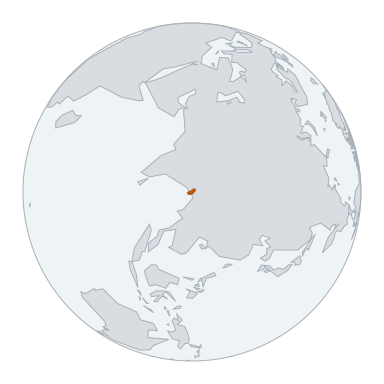 Khulna highlighted on a globe, orthographic projection, rotated 72°
{"feature_id": "BGD-2432", "entity_name": "Khulna", "entity_type": "Division", "adm_level": 1, "iso_a3": "BGD", "parent_name": "Bangladesh", "parent_adm1": "", "projection": "orthographic", "projection_center": [89.364, 22.917], "detail": "fine", "context": "on_globe", "style": "filled", "palette": "amber", "viewbox_px": 384, "rotation_deg": 72, "n_neighbors": 0, "source": "natural_earth", "source_scale": "10m", "svg_char_len": 12129}
<svg xmlns="http://www.w3.org/2000/svg" viewBox="0 0 384 384"><g transform="rotate(72 192 192)"><circle cx="192" cy="192" r="169" fill="#eef3f6" stroke="#a8b0b8"/><path d="M254.8,35.2L260.5,38.4L267.8,42.1L262.3,39.7L279.5,49.1L286.6,55.0L275.5,46.9L271.9,45.1L275.2,48.1L272.3,47.0L272.2,48.0L268.5,46.6L262.2,42.5L259.7,41.7L262.2,43.9L260.0,44.3L256.7,41.0L252.5,41.5L241.3,36.0L235.7,30.3L226.4,27.9L212.3,24.3L210.5,24.2L204.1,23.5L199.6,23.3L198.2,23.2L195.8,23.2L197.9,23.4L197.5,23.6L195.0,23.6L192.9,23.3L193.8,23.2L191.9,23.2L190.5,23.2L188.2,23.1L186.8,23.3L181.9,23.4L181.4,23.4L183.4,23.3L195.5,23.1L207.7,23.8L219.7,25.3L231.7,27.8L243.4,31.0L254.8,35.2ZM273.7,45.3L271.6,43.8L274.6,45.7L273.7,45.3ZM272.9,48.4L274.4,49.3L273.7,49.5L272.9,48.4ZM267.3,47.6L265.7,47.9L266.3,46.9L267.3,47.6ZM264.1,47.6L260.4,48.8L263.5,50.7L252.6,46.5L259.4,46.6L259.6,44.9L261.5,46.6L264.1,47.6ZM199.6,23.5L197.3,23.2L201.5,23.5L199.6,23.5ZM202.4,23.6L215.8,25.0L218.0,25.7L213.1,24.9L217.7,26.1L212.2,25.7L208.4,25.0L208.0,24.5L206.2,24.8L202.4,23.6ZM247.3,44.2L245.4,44.1L246.2,43.5L247.3,44.2ZM197.6,23.7L200.2,23.8L202.2,24.3L197.5,24.3L198.4,24.1L197.6,23.7ZM221.7,26.8L222.4,27.4L218.1,27.2L217.8,27.5L212.2,25.8L221.7,26.8ZM196.7,24.0L195.1,24.4L191.9,24.2L195.3,23.7L196.7,24.0ZM204.7,24.5L205.5,24.8L203.6,24.6L204.7,24.5ZM179.6,24.5L182.6,24.2L183.9,24.4L179.6,24.5ZM194.8,24.5L195.9,24.6L196.7,24.7L195.1,25.0L194.8,24.5ZM209.6,25.9L207.6,25.9L211.6,26.6L208.6,26.7L205.4,25.7L205.5,26.2L204.5,26.3L203.0,25.4L209.6,25.9ZM196.0,25.7L190.9,24.9L185.1,25.2L183.8,24.9L193.4,24.6L196.0,25.7ZM200.3,25.6L197.3,25.6L197.1,25.1L199.0,24.8L200.3,25.6ZM207.6,27.3L213.1,27.3L213.6,27.6L207.6,27.3ZM194.3,25.8L195.6,26.1L193.9,25.9L194.3,25.8ZM203.6,26.9L205.4,26.8L206.0,27.1L203.6,26.9ZM196.5,26.7L194.9,26.4L196.1,26.1L196.5,26.7ZM199.8,26.8L200.0,27.3L197.6,26.2L200.5,26.7L199.8,26.8ZM203.7,27.1L204.7,27.3L202.9,27.2L203.7,27.1ZM192.8,28.2L189.4,26.9L192.1,26.2L195.1,27.5L192.8,28.2ZM45.3,108.2L55.5,96.1L53.9,100.9L59.8,106.8L59.7,109.3L54.1,115.9L54.6,132.7L60.5,128.5L65.8,140.0L72.5,143.8L83.5,130.7L72.6,124.1L75.6,116.0L88.1,115.3L98.3,121.9L99.8,119.0L97.4,109.6L103.9,106.3L97.0,106.0L96.7,109.7L92.5,109.8L92.5,106.6L94.8,105.4L92.9,102.5L82.5,109.7L81.0,114.2L73.5,111.3L70.4,118.7L66.9,120.4L70.9,108.7L73.6,105.4L77.5,91.5L73.9,94.5L70.0,108.1L69.4,106.1L64.5,111.2L67.7,105.8L72.9,91.0L68.8,88.8L56.5,97.7L55.7,96.2L58.2,91.1L69.9,78.5L70.5,83.2L74.7,79.6L80.7,72.1L80.4,74.4L82.9,72.2L83.7,74.0L91.0,71.2L92.7,72.8L101.4,67.0L103.5,67.2L97.8,70.5L94.7,73.8L99.8,78.7L102.5,78.2L107.8,74.3L108.5,76.4L112.9,72.0L118.7,73.5L115.4,68.3L121.4,64.3L128.1,63.0L129.5,60.9L118.6,63.2L114.8,65.1L112.5,68.0L101.7,73.3L98.6,72.7L107.7,64.3L104.5,62.9L113.0,57.7L137.2,53.6L144.3,54.9L143.6,65.0L138.6,66.7L136.3,63.7L133.0,70.0L135.9,67.7L136.5,69.8L142.5,67.1L143.2,68.5L147.7,63.9L149.2,65.3L146.3,68.2L156.5,66.1L161.3,68.6L163.2,67.6L163.9,65.8L169.6,70.6L170.7,69.6L169.4,67.6L170.8,64.6L175.6,61.2L177.3,63.1L175.8,64.5L175.2,70.6L170.9,74.6L172.1,75.1L176.2,72.1L176.9,64.6L179.3,62.1L179.7,65.4L179.8,64.0L181.5,63.4L184.8,64.6L184.7,61.0L201.3,53.5L209.3,55.7L207.8,59.1L221.2,57.5L229.1,61.2L227.8,59.2L233.4,57.7L231.0,56.5L230.8,55.5L243.9,52.5L248.3,53.6L252.5,51.1L251.8,50.2L248.8,49.1L252.6,46.5L263.5,50.7L264.4,52.4L270.5,54.3L271.8,58.1L275.7,62.6L273.6,66.4L276.9,70.0L278.9,70.4L284.9,76.0L290.2,86.9L276.9,76.2L267.3,61.7L270.4,67.2L267.1,65.6L266.6,67.4L269.0,71.6L271.0,72.3L261.3,79.0L261.9,91.4L268.3,90.3L273.5,93.8L279.9,109.4L272.3,132.2L279.2,139.1L280.4,144.0L276.1,147.4L274.3,140.3L268.9,138.2L268.5,134.0L261.1,137.8L260.1,132.0L254.8,138.4L258.1,142.8L265.0,141.2L260.8,149.8L269.3,157.4L271.6,167.4L261.6,186.0L249.5,192.2L249.0,195.5L243.5,192.2L237.2,198.8L248.1,216.0L248.1,221.1L237.5,231.3L237.1,227.6L222.6,218.8L220.6,231.0L231.5,240.7L235.3,252.1L227.2,248.8L223.2,238.7L218.1,235.3L219.0,224.7L213.9,209.0L205.7,212.0L205.9,205.6L197.6,192.4L185.4,196.1L166.5,211.9L164.5,227.9L157.7,234.2L147.7,210.0L146.7,194.0L140.9,194.7L132.4,179.9L111.4,174.7L110.4,170.2L106.0,171.1L100.4,165.2L99.6,157.9L95.2,157.0L97.9,176.3L102.8,177.4L109.6,172.2L109.2,178.7L114.9,185.9L101.5,197.9L73.6,202.6L74.2,190.3L70.3,152.3L72.2,149.1L72.4,148.7L72.5,147.9L68.7,152.8L69.2,145.7L67.7,170.8L66.0,180.8L73.2,203.2L71.7,204.6L75.0,209.7L89.7,210.1L89.0,214.0L80.1,229.6L62.7,246.7L66.9,263.6L69.0,276.4L62.4,280.6L67.4,291.0L64.7,292.0L67.4,297.4L67.6,301.2L66.5,303.2L59.8,297.1L55.9,291.8L47.3,278.9L33.8,250.1L31.9,240.3L29.8,230.8L25.4,205.8L26.1,195.6L25.8,189.5L24.6,187.9L24.7,180.7L24.3,178.8L23.9,175.1L25.9,161.1L29.1,147.3L33.4,133.8L38.8,120.8L45.3,108.2ZM45.5,108.9L43.8,111.6L45.5,108.9ZM105.6,136.9L114.0,140.6L116.1,130.2L119.5,130.9L119.0,127.3L116.2,129.4L115.8,119.9L121.6,118.8L123.6,114.7L120.8,113.3L110.5,117.1L110.9,130.5L106.5,133.4L105.6,136.9ZM96.1,59.8L94.4,61.9L91.1,63.8L88.9,63.1L93.6,60.2L96.1,59.8ZM92.7,64.6L102.4,57.1L104.1,57.7L101.5,58.6L101.7,59.7L97.5,61.4L89.8,69.8L86.4,72.1L84.2,68.7L86.8,68.3L88.3,66.1L92.7,64.6ZM123.9,41.4L128.1,39.3L126.5,43.0L122.7,44.6L120.3,43.6L123.3,41.3L123.9,41.4ZM174.8,24.0L176.5,23.8L177.1,23.7L176.1,23.9L174.8,24.0ZM171.9,24.2L171.9,24.3L173.2,24.2L180.4,23.7L190.1,23.3L191.6,23.7L190.1,24.1L188.0,24.3L187.7,23.9L185.2,24.4L183.1,24.0L180.9,24.4L167.9,25.1L169.2,24.8L160.0,26.2L159.9,26.1L165.8,25.1L163.1,25.5L171.9,24.2ZM171.9,34.8L172.4,33.2L166.9,36.2L164.8,34.9L164.3,35.4L160.8,35.2L155.8,35.8L155.5,35.1L153.7,35.7L151.3,35.8L148.7,36.5L147.3,35.6L144.0,36.4L145.2,35.5L139.8,37.3L143.2,35.7L140.5,35.9L138.6,37.4L137.6,33.2L134.5,33.5L130.1,34.8L136.5,32.4L144.8,29.9L152.9,28.1L154.9,28.5L157.4,27.6L159.2,27.6L156.4,28.3L161.6,27.3L162.3,27.6L169.6,27.4L176.7,26.3L179.5,26.4L177.1,27.0L181.6,26.7L178.9,28.1L180.8,28.3L180.2,30.0L174.3,31.4L177.0,31.6L176.6,33.2L171.9,34.8ZM192.4,28.7L185.9,30.1L181.6,30.3L184.6,27.2L183.2,26.9L184.9,25.4L191.2,25.3L190.1,25.7L190.5,26.1L188.4,25.9L190.4,26.3L189.0,27.0L190.2,27.5L187.7,27.8L192.4,28.7ZM62.6,107.7L63.1,109.0L64.5,110.1L61.5,113.5L62.6,107.7ZM65.9,97.6L66.8,97.9L63.1,102.8L62.6,101.7L65.9,97.6ZM70.3,94.2L67.1,97.6L68.5,95.1L70.3,94.2ZM98.9,70.7L100.2,71.1L99.1,72.1L97.0,73.2L98.9,70.7ZM155.3,45.1L156.2,43.7L157.4,43.6L162.2,41.2L164.2,42.2L162.0,44.0L155.3,45.1ZM79.9,132.1L76.1,133.7L75.9,131.7L77.2,131.5L79.9,132.1ZM67.0,123.2L68.5,127.0L66.1,124.1L67.0,123.2ZM158.2,45.7L160.0,44.5L159.9,45.8L158.2,45.7ZM165.9,42.8L166.2,44.1L165.0,42.0L165.9,42.8ZM153.0,349.5L156.3,350.9L153.6,350.6L153.0,349.5ZM89.7,282.3L89.0,301.8L83.1,299.7L79.1,292.7L77.4,280.2L83.3,278.8L85.4,273.6L89.7,282.3ZM274.3,274.3L278.7,274.2L278.5,275.0L274.3,274.3ZM269.7,272.5L274.9,272.0L268.7,274.1L269.7,272.5ZM276.9,271.8L282.1,269.7L284.4,268.2L283.9,269.7L276.9,271.8ZM266.2,273.0L246.3,274.7L238.2,273.4L240.3,270.7L253.2,270.4L266.2,273.0ZM239.6,270.6L227.2,263.9L209.4,242.3L215.8,242.6L234.2,255.4L233.1,257.7L240.6,263.2L239.6,270.6ZM269.2,254.5L268.0,261.5L257.1,262.0L252.1,261.4L248.6,252.9L250.6,248.2L254.7,248.0L270.1,231.0L275.6,234.2L271.1,241.2L275.5,246.7L269.2,254.5ZM165.3,229.4L169.4,239.2L165.7,240.4L165.3,229.4ZM275.9,219.3L270.0,226.9L275.2,217.1L275.9,219.3ZM278.6,210.2L279.3,213.7L276.5,210.6L278.6,210.2ZM249.3,200.4L244.9,201.5L244.6,199.0L250.0,196.1L249.3,200.4ZM273.2,175.9L274.1,183.3L273.6,185.9L271.2,181.6L273.2,175.9ZM177.5,55.4L168.5,57.4L163.4,60.2L162.6,63.6L159.9,60.0L167.8,55.7L177.5,55.4ZM198.2,53.4L198.9,50.9L201.1,51.8L201.3,52.4L198.2,53.4ZM196.8,52.1L192.9,49.6L194.9,48.1L197.6,50.3L196.8,52.1ZM175.2,46.8L172.5,47.2L172.6,46.1L175.2,46.8ZM294.3,325.4L297.4,321.8L301.4,319.5L297.1,323.6L294.3,325.4ZM288.3,315.0L258.3,328.7L252.5,328.5L255.7,324.8L253.6,314.5L255.7,314.5L256.4,306.9L275.1,297.2L289.0,281.6L297.5,280.7L305.0,269.3L313.2,267.8L309.7,276.3L316.8,278.9L324.9,259.6L326.1,276.4L329.1,280.5L326.2,290.6L308.9,312.2L302.0,317.9L302.1,316.9L298.8,319.5L295.8,320.3L297.0,315.6L293.7,318.2L298.2,313.2L292.7,318.1L292.5,315.1L288.3,315.0ZM345.0,261.8L345.4,261.7L344.9,263.6L344.4,264.2L345.0,261.8ZM350.9,247.9L350.8,248.7L350.5,249.4L350.9,247.9ZM350.8,247.8L351.5,245.6L351.0,247.5L350.8,247.8ZM350.1,240.8L350.7,239.5L350.7,240.1L350.1,240.8ZM285.2,273.3L291.6,267.1L294.8,266.0L285.2,273.3ZM349.8,239.3L348.8,240.0L349.0,238.8L349.8,239.3ZM350.2,236.8L350.3,235.5L350.5,238.3L350.2,236.8ZM348.4,235.2L349.6,236.8L348.3,235.6L348.4,235.2ZM347.6,236.2L346.6,235.7L346.7,235.2L347.6,236.2ZM333.7,245.2L337.7,251.6L333.9,253.2L329.8,249.7L325.6,256.1L316.7,258.1L319.1,254.4L318.1,250.0L308.3,250.7L306.3,248.0L310.0,245.0L303.2,244.1L310.7,240.9L313.5,246.7L317.7,240.6L324.3,239.9L330.5,239.9L334.9,242.9L333.7,245.2ZM310.3,255.1L311.5,254.8L310.3,257.0L310.3,255.1ZM344.7,233.5L346.1,235.6L345.9,236.5L345.1,236.5L344.7,233.5ZM336.0,241.3L341.0,233.9L342.1,233.5L338.7,241.0L336.0,241.3ZM340.0,231.0L342.1,230.7L343.1,233.2L342.6,234.2L340.0,231.0ZM295.0,252.5L294.7,254.4L292.6,253.3L295.0,252.5ZM297.7,251.0L303.6,251.7L297.1,252.6L297.7,251.0ZM278.6,247.9L280.4,251.9L286.4,248.2L281.8,252.8L285.7,259.2L284.2,262.0L280.5,255.1L278.8,263.1L276.1,263.3L274.9,256.9L277.7,248.3L280.3,244.5L291.0,241.4L278.6,247.9ZM297.7,245.8L296.1,241.1L297.3,237.5L299.0,239.8L297.7,245.8ZM290.9,229.8L286.2,224.7L282.2,227.5L290.0,218.0L293.3,224.5L290.9,229.8ZM286.4,217.5L282.7,220.1L286.4,214.7L286.4,217.5ZM281.6,218.3L280.9,214.2L284.0,214.3L281.6,218.3ZM288.4,217.4L288.6,210.3L290.5,214.1L288.4,217.4ZM278.8,205.2L285.9,211.0L277.1,209.3L275.4,195.9L279.0,195.1L278.8,205.2ZM290.1,148.0L288.5,144.3L291.3,143.0L291.7,145.8L290.1,148.0ZM299.2,136.4L291.6,141.5L285.2,146.1L287.8,147.4L287.6,154.1L282.9,148.7L286.3,140.8L291.4,138.6L290.9,133.1L293.8,128.9L291.1,122.6L291.9,119.5L295.9,124.7L299.2,136.4ZM289.7,120.0L286.0,108.9L292.1,109.5L294.2,112.0L293.4,116.7L290.2,116.1L289.7,120.0ZM286.9,106.5L283.8,105.9L271.9,91.3L270.9,88.4L283.2,99.2L280.9,99.3L282.8,103.0L286.9,106.5ZM246.7,45.0L245.6,44.2L247.5,44.8L246.7,45.0ZM229.3,54.9L229.4,53.6L231.6,54.1L229.3,54.9ZM230.7,50.5L228.2,50.8L230.2,49.7L230.7,50.5ZM222.6,51.7L226.8,50.5L223.7,52.8L222.6,51.7Z" fill="#d9dde1" stroke="#a8b0b8" stroke-width="1"/><path d="M191.2,194.3L191.2,194.2L191.1,193.9L191.0,193.7L191.0,193.4L190.9,193.1L190.9,192.9L190.8,192.7L190.8,192.4L190.9,192.2L190.7,192.1L190.6,191.9L190.6,191.7L190.8,191.3L190.9,191.2L190.6,191.1L190.4,191.1L190.2,191.0L190.2,190.9L190.3,190.7L190.4,190.4L190.2,190.3L190.1,190.2L189.9,190.0L189.8,189.9L189.8,189.6L189.8,189.4L189.9,189.2L190.0,189.2L190.3,189.0L190.2,188.9L190.3,188.7L190.2,188.7L190.2,188.4L190.3,188.2L190.3,188.3L190.5,188.4L190.5,188.5L190.6,188.4L190.8,188.4L191.0,188.3L191.1,188.5L191.2,188.8L191.3,188.9L191.4,189.0L191.5,189.0L191.8,189.0L192.0,189.2L191.8,189.6L192.0,189.8L192.3,190.0L192.4,190.3L192.5,190.3L192.7,190.7L192.7,190.8L192.8,190.9L192.7,191.0L192.9,191.1L192.9,191.3L193.0,191.2L193.1,191.3L192.9,191.4L192.9,191.5L193.0,191.5L193.2,191.8L193.3,191.9L193.3,192.0L193.5,192.1L193.6,192.3L193.5,192.5L193.4,192.6L193.5,192.6L193.5,192.8L193.6,193.0L193.7,193.3L193.6,193.5L193.4,193.5L193.3,193.9L193.3,194.0L193.4,194.3L193.4,194.5L193.2,194.5L193.3,194.6L193.3,194.8L193.4,195.0L193.2,195.2L192.9,195.2L192.8,194.9L192.7,195.1L192.8,195.2L192.8,195.3L192.7,195.4L192.7,195.5L192.5,195.4L192.4,195.3L192.5,195.2L192.5,194.8L192.6,194.6L192.6,194.4L192.6,194.2L192.7,193.9L192.7,193.7L192.7,193.8L192.6,194.0L192.6,194.3L192.6,194.5L192.4,194.7L192.5,194.5L192.5,194.4L192.3,194.1L192.4,193.9L192.3,194.0L192.3,194.4L192.4,194.5L192.4,194.8L192.4,195.0L192.3,195.3L192.2,195.5L192.0,195.4L192.0,195.2L192.0,194.9L191.9,194.8L192.0,194.9L192.0,195.0L191.9,195.1L191.8,195.3L191.8,195.2L191.8,195.3L191.8,195.5L191.7,195.7L191.6,195.8L191.6,195.7L191.5,195.3L191.5,195.2L191.5,195.3L191.4,195.3L191.3,195.2L191.2,195.0L191.2,194.9L191.3,194.8L191.3,194.7L191.2,194.6L191.2,194.4L191.2,194.3ZM191.3,195.3L191.4,195.5L191.1,195.3L191.2,195.2L191.1,194.9L191.2,195.0L191.3,195.3Z" fill="#f59e0b" stroke="#b45309" stroke-width="1.5"/></g></svg>